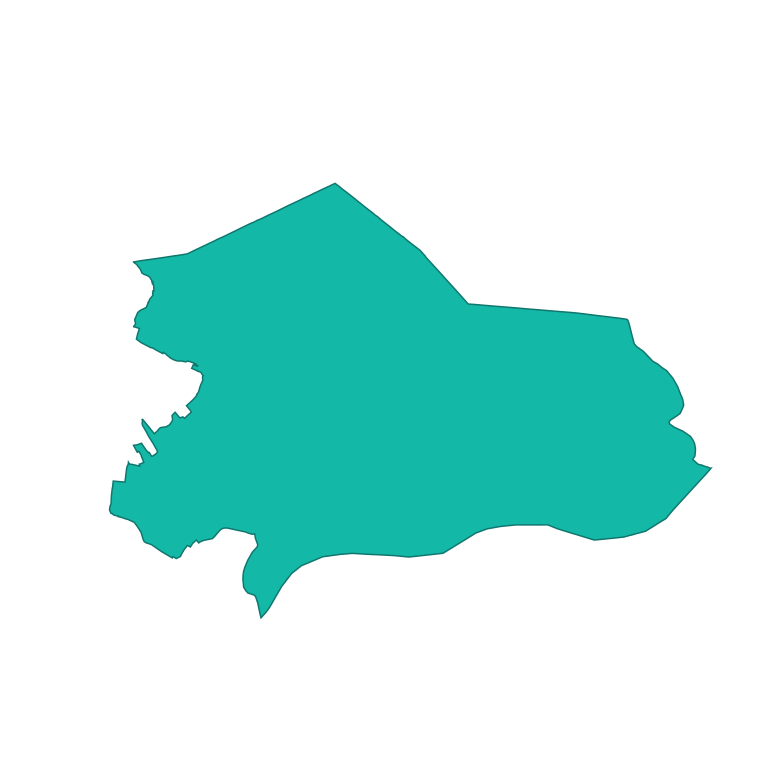 the district of Ostrov, Constanta, Romania, rotated 166°
{"feature_id": "2599482B6584350262118", "entity_name": "Ostrov", "entity_type": "district", "adm_level": 2, "iso_a3": "ROU", "parent_name": "Romania", "parent_adm1": "Constanta", "projection": "orthographic", "projection_center": [27.443, 44.076], "detail": "fine", "context": "isolated", "style": "filled", "palette": "teal", "viewbox_px": 768, "rotation_deg": 166, "n_neighbors": 0, "source": "geoboundaries", "source_scale": "gbopen_adm2", "svg_char_len": 6093}
<svg xmlns="http://www.w3.org/2000/svg" viewBox="0 0 768 768"><g transform="rotate(166 384 384)"><path d="M94.7,217.8L89.1,221.7L87.2,223.2L87.3,223.2L88.8,224.0L89.9,225.0L91.4,225.8L93.5,227.1L95.2,228.4L96.9,229.2L98.1,229.8L98.9,230.6L99.6,231.4L100.5,233.0L102.4,235.6L102.6,236.0L102.5,236.4L99.9,238.7L99.7,239.0L98.6,242.1L98.1,243.5L97.3,246.5L97.3,248.2L97.1,249.9L97.1,250.9L97.7,254.6L99.3,259.0L105.4,265.9L108.2,268.1L113.3,272.3L116.6,276.3L116.4,278.5L114.7,279.7L110.2,281.3L107.1,282.4L103.8,283.8L101.5,286.5L98.5,290.6L98.2,292.1L97.9,296.8L99.1,305.2L99.7,310.4L102.3,319.7L106.5,328.5L110.1,332.5L114.0,337.6L117.7,341.0L119.8,344.8L124.2,352.5L125.3,354.0L129.9,359.3L131.5,362.6L131.5,362.9L131.6,370.4L131.6,375.1L131.6,382.6L131.7,384.3L132.0,386.9L132.7,388.0L138.2,390.3L148.1,394.1L154.9,396.7L161.5,399.2L163.8,400.1L165.9,400.9L172.3,403.4L178.6,405.8L183.3,407.5L203.8,414.4L216.7,418.8L227.1,422.3L237.8,426.0L245.5,428.6L256.5,432.3L265.6,435.4L274.6,438.5L282.9,441.2L285.2,445.5L289.3,453.3L291.9,458.3L293.6,461.4L299.3,472.0L302.5,478.1L307.8,487.9L309.4,490.9L312.8,497.0L312.9,497.9L316.7,505.0L321.2,510.7L323.0,512.9L323.2,513.2L326.2,517.1L328.1,519.6L329.5,521.9L331.4,523.7L333.4,526.3L336.2,529.8L338.8,533.3L340.8,535.9L346.9,543.8L349.6,547.7L351.5,549.8L353.7,552.9L359.6,560.3L368.2,571.7L374.1,579.3L376.5,582.2L379.3,586.0L382.9,590.5L393.6,588.4L399.2,587.3L401.4,586.8L405.8,586.0L408.3,585.4L410.0,585.0L411.9,584.7L414.2,584.2L417.2,583.7L420.0,583.0L424.0,582.2L433.3,580.4L441.9,578.5L449.6,576.9L452.3,576.4L458.1,575.2L462.1,574.3L467.7,573.4L470.8,572.6L472.0,572.4L473.2,572.3L475.4,571.9L477.1,571.6L478.8,571.2L485.9,569.7L487.8,569.3L491.4,568.5L498.2,567.1L502.1,566.2L505.4,565.6L508.3,565.1L511.1,564.6L513.4,564.0L515.9,563.5L519.4,562.8L522.7,562.1L526.2,561.4L529.3,560.8L533.7,559.9L543.4,557.9L544.2,557.9L553.4,558.7L555.6,559.0L562.2,559.6L564.4,559.8L573.4,560.7L583.1,561.7L585.8,562.0L588.5,562.3L597.5,563.0L597.5,562.7L597.2,562.4L596.3,561.3L595.5,560.3L594.9,559.6L594.6,558.9L594.6,558.3L594.2,557.5L593.7,556.5L592.8,554.8L592.6,553.9L592.3,552.1L592.1,550.5L591.8,550.0L590.9,549.0L589.9,548.1L588.9,547.5L587.6,546.6L586.5,545.6L585.7,544.5L585.1,543.5L585.1,542.5L584.8,542.3L584.5,541.5L584.4,537.8L583.6,538.7L583.7,537.0L583.7,536.4L583.8,535.1L584.0,533.5L584.5,531.2L584.9,529.9L585.7,530.2L585.8,529.8L586.7,527.4L586.3,526.6L587.2,525.7L589.9,523.6L590.7,523.1L592.3,520.9L592.9,520.0L593.2,520.2L593.5,519.5L595.0,517.3L595.9,516.1L597.3,515.5L602.5,514.5L605.6,513.0L607.8,510.1L608.3,509.3L609.9,507.5L610.3,506.8L610.4,506.3L610.4,504.1L610.4,502.6L611.1,501.9L613.0,500.4L613.0,500.1L610.3,498.6L607.9,497.0L610.9,492.2L613.4,487.4L609.6,482.8L606.5,480.1L601.4,475.6L600.1,475.2L596.4,471.6L592.6,468.2L591.3,467.0L590.3,468.0L588.9,466.3L588.3,465.7L587.3,464.0L586.2,462.7L585.2,461.3L584.9,460.8L582.2,458.4L581.2,457.7L578.9,456.3L578.1,456.1L577.0,455.8L576.2,455.5L575.2,455.4L574.6,455.2L572.6,454.1L571.6,453.7L570.8,453.5L570.1,453.5L569.5,453.8L569.2,453.8L568.8,453.6L568.2,453.3L567.0,452.8L565.1,451.4L564.3,451.0L563.9,450.8L563.5,450.6L563.1,450.1L561.9,449.1L561.1,447.6L560.4,446.5L560.8,446.3L564.2,449.0L566.8,445.7L563.1,442.8L561.9,441.7L561.4,441.2L561.1,441.1L561.0,441.3L558.5,439.1L558.3,437.7L558.0,436.9L557.6,436.4L557.3,436.1L557.8,435.6L557.7,435.5L558.3,434.9L558.9,432.1L559.4,430.7L560.3,429.7L561.9,427.7L563.9,424.7L564.7,423.1L565.7,421.5L566.8,420.3L568.2,419.2L568.9,417.8L573.0,415.0L580.9,410.7L578.4,405.4L577.8,403.3L578.1,403.2L585.8,399.0L586.7,400.3L587.0,400.6L587.6,400.8L588.0,400.8L588.8,400.6L589.4,400.5L589.8,400.5L590.2,400.6L590.6,401.1L593.5,407.1L597.1,404.9L597.3,404.5L597.4,404.1L597.5,402.7L597.8,400.6L598.2,399.6L598.8,399.0L601.9,396.4L602.3,396.2L603.2,395.9L604.8,395.5L605.5,395.2L610.9,395.7L611.7,395.7L611.9,395.6L613.6,394.6L615.4,393.2L618.9,391.3L622.5,399.1L626.8,408.1L627.4,407.9L627.1,406.8L628.1,404.7L628.3,403.8L628.3,402.6L628.2,401.9L626.3,395.3L624.9,389.7L622.3,381.9L620.1,373.8L620.5,372.9L620.9,372.2L621.5,371.7L623.2,371.0L625.9,370.1L626.5,370.0L627.0,370.1L628.3,374.3L629.1,374.3L629.3,374.5L629.5,375.1L629.8,375.8L630.4,376.4L632.7,382.5L633.6,385.2L636.5,384.9L637.9,384.8L639.0,384.7L641.1,385.1L641.9,385.1L640.0,377.8L639.9,377.5L639.8,377.4L639.6,377.4L639.3,377.6L639.1,377.7L638.2,378.1L637.6,376.2L636.9,374.1L636.8,373.6L636.9,372.4L636.8,371.3L636.4,369.2L636.2,366.9L636.1,365.9L638.1,365.7L640.2,365.3L640.7,365.4L640.9,365.4L640.8,363.5L641.7,363.8L648.4,367.2L649.7,367.6L650.3,367.9L650.9,369.9L651.5,368.3L652.1,367.4L653.1,366.3L654.2,364.2L659.1,351.4L660.0,351.8L670.2,355.3L671.0,353.2L672.7,348.4L672.9,348.5L675.4,341.9L677.9,333.6L679.4,331.7L680.8,328.2L680.2,324.5L679.2,324.2L678.0,322.3L673.5,319.8L673.8,319.5L670.8,318.0L666.8,315.3L665.6,314.8L659.8,310.2L657.8,305.4L655.6,298.9L655.3,291.8L654.8,289.2L653.6,287.7L648.5,284.4L640.3,275.1L631.5,266.5L630.4,267.5L627.8,264.9L623.3,265.9L622.8,266.5L621.8,267.6L621.8,267.8L618.0,271.6L613.8,274.9L611.3,272.7L608.2,275.6L603.8,278.0L602.2,274.6L600.9,275.2L597.8,275.8L594.8,275.8L595.0,275.8L587.9,275.5L585.6,276.8L580.4,280.5L577.4,282.5L574.7,282.9L572.8,282.7L570.4,281.9L564.7,279.1L553.9,273.8L552.4,272.6L550.0,271.1L548.1,270.1L545.7,269.7L546.1,265.4L545.4,258.8L546.4,256.6L546.5,256.6L552.4,252.7L558.7,246.1L563.2,240.1L565.6,236.1L567.0,232.5L568.1,228.8L569.3,220.8L568.1,216.9L566.6,214.1L561.1,210.7L560.0,208.6L559.5,202.2L559.9,191.1L559.9,186.9L554.2,190.7L549.3,194.7L532.2,212.4L519.5,222.5L508.0,227.7L485.3,231.2L467.9,229.3L460.5,228.1L456.0,227.4L442.5,223.2L436.1,221.2L436.1,221.3L415.5,215.0L401.8,210.1L379.8,207.1L367.7,205.5L342.0,213.6L331.0,217.2L330.9,217.2L318.8,218.5L305.6,217.6L290.8,215.5L274.9,211.6L275.0,211.6L259.2,207.7L250.6,201.5L240.9,195.6L217.8,181.8L214.3,181.2L196.5,178.6L188.4,177.5L165.8,177.9L153.4,181.9L153.4,182.0L142.8,185.3L142.1,185.9L133.8,192.0L125.5,197.5L113.3,205.6L94.8,217.8L94.7,217.8Z" fill="#14b8a6" stroke="#0f766e" stroke-width="1.5"/></g></svg>